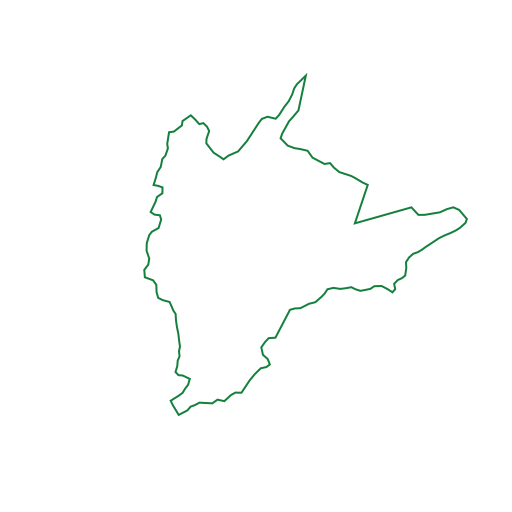 Ipaumirim, Ceará, Brazil, rotated 128°
{"feature_id": "56859067B32176029427758", "entity_name": "Ipaumirim", "entity_type": "district", "adm_level": 2, "iso_a3": "BRA", "parent_name": "Brazil", "parent_adm1": "Ceará", "projection": "mercator", "projection_center": [-38.742, -6.809], "detail": "fine", "context": "isolated", "style": "outline", "palette": "green", "viewbox_px": 512, "rotation_deg": 128, "n_neighbors": 0, "source": "geoboundaries", "source_scale": "gbopen_adm2", "svg_char_len": 2249}
<svg xmlns="http://www.w3.org/2000/svg" viewBox="0 0 512 512"><g transform="rotate(128 256 256)"><path d="M212.0,400.7L222.3,395.0L225.4,391.7L232.6,389.2L237.4,389.5L244.4,385.9L250.8,385.4L255.7,383.2L263.1,380.4L261.0,376.3L259.5,371.9L264.2,368.4L270.4,370.3L275.3,368.5L286.2,366.1L285.9,361.5L283.1,356.8L285.6,353.2L293.9,350.0L301.0,353.0L305.2,353.0L313.1,350.0L319.1,345.6L323.8,338.5L329.1,335.6L335.7,335.5L341.2,330.5L338.5,322.1L340.1,316.8L345.8,312.0L349.2,307.3L348.2,302.3L345.4,295.8L347.9,291.1L349.9,287.5L351.2,283.6L355.8,279.6L360.8,274.4L365.1,269.3L369.8,264.7L374.1,260.2L378.5,258.0L382.1,254.5L386.6,253.3L391.3,250.2L397.0,248.0L397.6,243.7L395.3,240.2L393.6,232.5L399.3,230.2L404.2,230.2L409.0,229.6L413.4,230.8L417.8,232.4L422.6,234.1L424.8,229.6L426.3,225.6L428.8,219.1L419.9,215.0L415.0,214.8L411.0,212.3L406.4,210.3L399.0,199.7L392.9,197.9L389.9,191.6L380.9,190.1L376.3,188.1L372.7,183.3L358.0,184.4L349.7,184.2L341.5,183.1L337.2,179.5L333.0,178.3L330.0,183.3L329.6,189.7L324.7,195.6L318.2,195.9L312.9,195.4L308.4,190.4L277.5,196.1L273.3,193.0L269.8,188.9L261.0,184.8L255.9,180.8L247.6,179.2L243.6,178.8L238.2,179.2L233.5,175.4L230.0,169.3L225.7,165.0L221.9,161.7L221.0,157.2L219.2,152.3L215.0,148.6L211.4,145.6L207.0,144.2L202.3,138.5L201.1,132.0L200.6,126.1L196.4,125.9L192.9,130.0L187.7,129.5L183.5,127.3L179.5,126.4L172.9,130.2L168.5,134.0L162.9,134.5L157.5,133.5L153.3,130.8L148.2,128.9L143.9,127.7L138.1,125.7L129.4,122.8L123.8,120.1L117.8,116.7L112.7,114.2L108.4,112.7L101.0,111.3L97.0,112.6L94.6,124.3L96.2,130.5L101.5,134.4L108.4,138.0L119.8,148.5L123.6,153.4L122.0,163.5L169.4,198.2L131.2,211.7L132.5,217.5L133.6,226.3L134.4,230.5L138.6,242.1L138.4,249.0L137.2,254.8L141.3,258.7L143.7,272.0L141.3,280.1L144.6,287.2L147.3,292.0L149.5,298.9L148.1,309.1L143.4,310.7L129.6,312.9L123.6,312.5L115.1,312.2L83.2,327.8L95.5,329.5L100.3,329.1L106.6,326.9L114.0,325.5L121.1,325.5L130.7,324.6L135.7,325.0L139.2,332.7L144.4,335.8L149.3,335.8L171.2,333.9L184.6,334.5L193.9,339.5L199.8,341.1L200.0,345.4L200.7,353.0L197.8,364.5L194.2,367.1L186.4,369.8L184.3,374.1L183.7,379.3L187.0,381.9L185.9,387.8L185.3,394.0L194.9,397.0L198.7,394.8L208.5,397.3L212.0,400.7Z" fill="none" stroke="#15803d" stroke-width="2"/></g></svg>